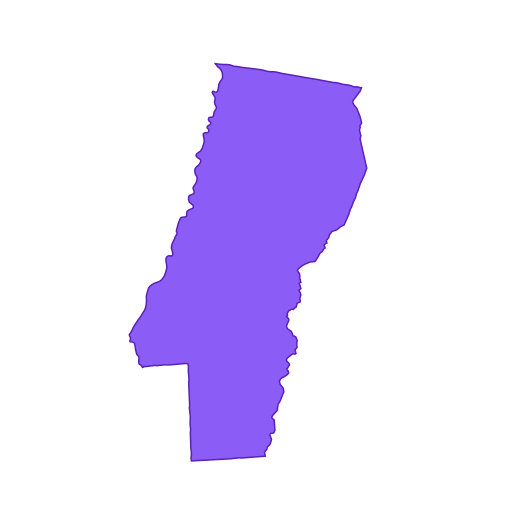 outline of Nueva Concepción, Escuintla, Guatemala, rotated 166°
{"feature_id": "79465075B35747325654374", "entity_name": "Nueva Concepción", "entity_type": "district", "adm_level": 2, "iso_a3": "GTM", "parent_name": "Guatemala", "parent_adm1": "Escuintla", "projection": "albers", "projection_center": [-91.282, 14.129], "detail": "fine", "context": "isolated", "style": "filled", "palette": "violet", "viewbox_px": 512, "rotation_deg": 166, "n_neighbors": 0, "source": "geoboundaries", "source_scale": "gbopen_adm2", "svg_char_len": 6146}
<svg xmlns="http://www.w3.org/2000/svg" viewBox="0 0 512 512"><g transform="rotate(166 256 256)"><path d="M396.1,211.9L396.6,211.4L397.3,211.0L397.8,210.6L398.1,209.9L398.0,209.0L397.7,207.9L397.6,207.3L397.7,206.3L398.0,205.6L398.4,205.0L398.8,204.5L399.0,203.9L398.9,203.3L398.4,202.9L397.7,202.8L396.5,202.4L395.7,201.8L395.4,201.3L395.0,200.5L395.1,197.8L395.5,194.2L395.5,192.1L395.5,191.1L395.5,190.5L395.5,189.6L395.1,188.6L394.7,188.0L394.3,187.3L394.2,185.9L394.2,185.2L394.4,184.6L394.8,183.9L395.1,182.9L395.4,181.8L395.5,180.8L395.5,180.1L395.3,179.1L394.6,178.5L393.9,177.8L393.6,177.0L393.1,175.3L392.3,175.4L391.7,176.0L391.0,176.0L390.7,175.5L380.0,174.2L379.0,173.6L371.0,172.5L367.0,171.4L349.6,168.6L348.3,167.9L348.2,165.5L349.4,161.3L351.0,151.8L351.9,149.6L356.7,126.3L357.4,125.0L358.6,116.1L360.6,108.8L361.6,102.6L362.4,100.7L365.7,85.4L366.3,80.6L367.3,77.2L367.8,76.5L368.3,72.8L330.3,65.5L320.2,64.1L319.5,63.6L295.4,59.5L295.2,63.7L292.1,66.0L291.2,68.1L288.6,69.3L287.3,70.7L285.3,74.3L285.5,76.4L285.9,78.8L285.6,79.6L284.6,80.3L281.6,80.0L279.8,82.4L278.0,92.4L279.5,94.6L279.7,95.8L278.5,97.2L272.7,101.1L270.6,106.5L267.4,109.8L263.3,115.6L261.9,117.4L261.5,121.0L263.5,125.4L263.7,128.5L262.1,130.6L259.7,131.8L258.2,131.9L254.3,133.3L252.5,134.8L252.6,136.6L253.3,137.6L253.5,138.7L249.9,142.2L249.9,143.7L251.6,146.5L251.5,148.2L250.2,149.5L244.6,152.0L243.4,152.1L241.9,151.3L240.8,151.7L240.9,155.6L238.3,157.2L237.7,161.1L236.4,164.1L237.0,167.9L238.3,169.1L239.3,169.4L239.7,172.6L240.0,174.4L241.3,175.7L243.0,177.8L243.5,179.8L242.9,181.5L239.7,185.7L239.6,186.4L239.5,187.2L240.9,189.7L240.9,190.3L240.3,190.3L239.6,190.9L239.8,192.4L237.6,194.8L234.2,195.8L232.7,195.1L231.7,195.8L229.3,196.8L227.9,199.7L226.4,200.6L224.3,200.7L223.9,201.5L223.8,203.9L223.1,205.4L221.9,207.4L221.9,209.5L222.7,212.3L220.3,213.5L220.5,217.3L220.8,218.7L219.6,219.6L218.9,219.5L218.8,225.2L218.3,225.8L218.1,228.8L218.8,229.8L219.2,232.1L218.3,233.2L212.8,235.7L210.2,236.3L205.1,237.1L200.4,236.4L199.5,236.8L195.7,240.5L193.1,243.3L190.5,244.4L188.2,246.8L187.1,247.0L186.9,247.9L187.5,249.6L187.2,250.1L185.2,251.4L184.1,251.4L184.0,254.1L181.0,256.2L179.5,259.0L178.0,260.0L176.4,261.4L171.5,261.8L166.5,264.1L163.0,264.8L156.0,273.8L152.8,279.1L151.8,279.9L148.5,284.8L145.4,288.5L142.9,292.9L141.3,294.7L137.2,301.1L131.1,308.6L128.3,312.9L127.3,314.3L126.7,343.0L126.3,345.4L125.2,347.1L125.2,353.1L123.7,355.6L123.7,357.1L122.9,358.2L121.9,358.8L121.3,359.8L121.3,366.1L122.5,374.8L124.5,379.0L125.0,382.3L123.9,383.6L120.8,386.1L114.7,391.1L113.0,393.8L114.3,394.2L116.5,395.5L117.0,395.7L117.7,395.9L118.2,396.0L119.0,396.1L120.2,396.5L120.9,397.0L121.6,397.5L122.3,398.0L123.7,398.9L125.1,399.6L129.6,401.3L132.1,402.6L134.5,404.0L135.9,404.6L137.1,405.1L138.4,405.4L140.3,406.2L142.3,407.2L143.5,407.7L154.4,412.7L163.3,416.5L172.8,420.8L183.5,425.5L186.3,426.7L189.9,428.6L192.4,429.8L195.1,430.7L197.6,431.4L200.0,432.3L202.1,433.4L205.1,435.1L210.3,437.2L223.9,442.4L228.6,444.5L231.1,445.3L232.0,445.7L232.9,446.3L233.8,447.0L235.0,447.7L237.4,448.7L241.9,449.9L245.8,451.2L249.0,452.5L248.9,452.0L248.3,451.1L247.4,448.8L246.0,447.1L244.8,444.6L244.4,442.3L244.7,439.6L245.3,436.9L247.2,435.0L248.3,434.2L250.8,431.3L251.5,428.9L252.8,426.3L253.9,424.8L255.3,424.5L256.4,425.1L257.5,426.2L258.2,426.2L258.9,425.5L258.9,424.4L258.0,422.0L257.3,419.2L258.1,417.4L259.0,415.7L259.1,413.9L259.1,413.0L258.7,411.0L258.4,409.5L259.4,408.1L261.3,406.4L262.6,404.3L263.5,402.1L264.6,401.2L266.4,401.6L267.9,401.8L268.7,401.0L269.2,399.7L269.1,398.6L268.0,397.0L267.6,396.2L268.3,395.0L269.6,394.4L271.4,393.8L272.3,393.0L272.3,391.8L271.4,390.2L271.4,388.8L271.9,387.9L273.0,387.5L274.5,387.7L275.7,387.9L276.5,387.6L277.3,387.6L277.7,387.0L277.9,385.9L278.0,384.8L278.0,382.6L278.1,381.8L278.2,381.0L278.5,380.0L278.8,379.2L279.2,378.4L280.7,375.7L281.9,373.9L282.8,372.8L283.9,371.7L284.6,371.2L286.5,370.5L287.4,370.1L288.2,369.8L288.7,369.5L289.4,368.9L289.8,368.2L289.9,367.5L289.6,366.8L289.2,366.2L288.8,365.5L288.4,364.9L287.6,364.1L287.2,363.7L286.7,363.1L286.5,362.4L286.6,361.4L287.3,360.3L288.6,359.0L289.4,358.3L290.5,357.7L291.2,357.4L291.9,357.1L292.8,356.4L293.6,355.7L294.0,355.3L294.3,354.8L294.6,354.1L294.9,352.9L295.0,352.2L295.0,351.2L295.0,350.3L294.9,349.5L294.7,348.7L294.5,348.2L294.3,347.3L294.3,346.7L294.3,346.1L294.4,345.5L294.6,344.9L295.0,343.8L295.4,343.1L295.9,342.3L296.4,341.6L298.1,339.9L298.9,339.3L299.5,338.7L300.1,338.1L300.6,337.3L300.7,336.7L300.7,336.1L300.4,334.4L300.4,333.3L300.7,332.2L301.1,331.9L301.8,331.5L302.6,331.3L303.5,331.1L304.7,331.0L305.9,330.8L306.4,330.3L306.9,329.8L307.3,329.0L307.6,327.8L307.8,326.7L307.8,325.9L307.6,324.5L307.3,323.8L306.9,323.2L306.3,322.5L305.8,321.8L305.0,320.8L304.9,320.2L304.9,319.3L305.1,318.2L305.8,317.6L306.9,317.4L307.7,317.3L308.6,317.2L309.5,317.0L310.3,316.9L310.8,316.7L311.4,316.4L312.0,316.0L312.5,315.4L312.9,314.3L313.2,313.2L313.4,312.4L313.6,311.8L314.2,311.2L315.0,311.0L316.0,311.2L317.0,311.3L317.8,311.4L318.5,311.4L319.3,311.4L319.9,311.1L320.5,310.6L321.1,309.8L321.8,308.8L322.9,307.4L323.5,306.5L324.1,305.4L325.5,302.8L326.5,301.0L327.2,299.5L327.2,299.0L327.1,298.2L327.1,297.6L327.2,297.0L327.4,296.4L327.8,295.9L328.8,295.1L329.8,294.1L331.0,292.2L332.4,290.7L333.5,289.3L334.5,287.9L335.6,285.9L336.0,284.8L336.2,283.8L336.1,282.5L336.1,281.2L336.1,279.9L336.2,278.7L336.2,278.1L336.8,277.0L337.4,276.6L338.0,276.5L338.9,276.7L339.8,277.2L340.4,277.3L341.0,277.3L342.2,277.0L342.9,276.6L343.3,276.1L343.9,275.4L344.2,274.6L344.4,273.6L344.7,271.8L344.8,270.1L344.9,268.8L345.1,267.2L345.4,266.1L346.1,264.7L346.9,263.4L347.7,261.9L348.9,260.1L349.8,258.8L351.6,257.2L353.0,256.0L354.0,255.4L354.8,255.1L356.0,254.7L357.7,254.4L358.9,254.4L360.7,254.2L362.3,253.9L364.2,253.3L365.7,252.6L366.6,252.0L367.7,251.1L368.5,250.1L371.5,244.9L371.9,244.0L372.5,242.1L372.9,239.8L373.6,237.4L374.4,235.2L375.2,233.3L376.2,231.8L377.7,229.9L379.3,228.4L382.4,225.3L385.3,223.0L388.6,220.0L392.7,216.0L394.1,214.1L395.4,212.8L396.1,211.9Z" fill="#8b5cf6" stroke="#5b21b6" stroke-width="1.5"/></g></svg>